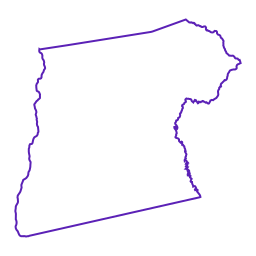 Lagoa da Confusão, Tocantins, Brazil (Natural Earth projection)
{"feature_id": "56859067B90547454880809", "entity_name": "Lagoa da Confusão", "entity_type": "district", "adm_level": 2, "iso_a3": "BRA", "parent_name": "Brazil", "parent_adm1": "Tocantins", "projection": "natural_earth1", "projection_center": [-49.967, -11.048], "detail": "fine", "context": "isolated", "style": "outline", "palette": "violet", "viewbox_px": 256, "rotation_deg": 0, "n_neighbors": 0, "source": "geoboundaries", "source_scale": "gbopen_adm2", "svg_char_len": 5782}
<svg xmlns="http://www.w3.org/2000/svg" viewBox="0 0 256 256"><path d="M185.8,19.5L152.5,31.5L151.0,31.9L67.5,45.2L39.8,49.4L39.4,49.1L39.2,51.0L39.5,52.0L40.3,52.8L40.9,53.0L41.4,53.3L41.8,53.8L42.1,54.5L42.4,55.7L42.3,57.2L42.4,58.2L42.8,59.2L43.6,60.2L44.0,61.3L44.2,62.5L43.9,63.9L44.2,65.4L44.6,66.1L45.0,67.3L45.1,68.2L44.6,69.2L44.1,69.7L43.6,71.3L43.4,72.0L42.3,73.5L41.6,75.1L41.5,77.4L41.1,78.2L40.5,78.6L38.6,78.8L37.9,79.7L38.0,82.0L37.7,82.6L37.3,83.0L36.7,83.9L36.2,85.6L36.3,86.5L36.3,87.4L36.7,90.6L37.1,91.1L38.5,91.7L39.1,92.3L40.0,94.4L39.9,96.1L40.0,96.9L39.9,98.1L39.1,98.9L38.1,99.6L37.6,100.4L36.7,101.0L36.2,101.6L35.3,103.0L34.8,103.6L34.3,104.4L34.4,105.4L34.7,106.5L35.0,108.4L36.1,110.6L36.4,112.1L35.7,114.7L36.3,116.4L36.6,117.9L36.9,118.7L36.6,119.6L36.8,120.4L37.1,121.5L37.1,122.4L36.9,123.4L37.0,124.7L37.3,125.8L38.0,126.9L38.4,131.1L38.4,131.9L37.8,132.9L37.7,134.1L37.5,134.7L37.1,135.4L36.6,136.0L34.8,137.0L34.3,137.4L34.0,137.9L33.6,138.6L33.1,140.1L32.6,142.6L32.4,143.2L31.8,143.9L30.0,144.2L29.4,145.5L29.3,147.4L28.8,148.8L28.8,150.5L28.8,151.8L29.0,153.3L29.6,156.2L29.2,158.7L29.3,159.4L29.7,160.5L30.5,161.8L30.6,162.5L30.4,164.8L30.3,167.0L29.7,169.9L29.5,170.5L28.6,171.9L28.3,173.4L28.3,174.5L27.7,176.1L26.3,178.0L25.0,178.9L23.9,179.5L23.2,180.0L22.9,181.1L21.4,184.8L21.4,185.8L21.6,187.6L20.5,191.2L20.0,192.3L18.0,195.2L17.7,195.8L17.5,197.7L17.8,198.6L17.9,200.1L18.0,201.6L17.8,202.7L16.2,205.5L15.8,206.5L15.7,208.6L15.4,210.5L15.4,211.6L15.7,212.7L15.9,213.9L15.8,219.4L16.2,220.2L16.6,222.0L16.5,223.8L16.1,225.3L15.7,226.0L15.6,226.9L15.9,228.6L16.8,230.2L17.8,231.3L18.5,233.2L19.2,234.7L19.9,235.6L21.1,236.2L22.5,236.2L23.4,236.1L23.9,236.3L24.7,236.1L26.0,236.5L27.6,236.2L28.5,236.2L29.3,235.8L199.6,197.3L200.4,197.0L200.2,195.9L199.8,195.0L199.4,194.4L197.1,191.5L197.5,190.8L197.6,190.0L196.8,189.4L196.2,189.5L195.7,190.0L195.2,190.2L194.9,189.7L195.2,189.1L195.8,188.6L196.0,187.9L195.7,187.2L195.3,186.5L194.8,186.1L194.2,186.1L193.2,186.6L193.0,185.4L192.2,183.7L192.1,183.0L192.0,182.0L191.1,182.0L190.6,181.4L191.0,179.9L191.4,179.4L191.6,178.8L190.0,177.4L190.1,176.7L190.5,176.0L189.9,175.5L189.4,175.7L189.3,175.0L189.6,174.5L189.8,173.8L189.6,173.2L189.0,173.2L188.5,173.6L188.4,174.3L188.4,175.2L187.8,175.3L187.7,174.3L188.0,173.5L188.3,172.8L188.9,172.4L189.1,171.8L188.6,171.3L189.0,170.6L188.3,169.9L187.1,169.0L185.8,168.8L186.9,167.8L187.5,167.5L187.8,167.1L187.1,166.8L186.4,166.7L185.9,166.5L186.2,165.9L186.9,165.7L187.4,164.9L187.5,164.2L187.1,163.8L186.5,163.9L185.9,163.9L186.1,163.3L187.4,163.2L188.0,162.9L187.6,162.4L187.0,162.0L186.7,161.2L185.9,160.4L185.3,160.1L184.7,160.8L184.6,160.2L184.8,159.6L185.2,159.0L185.8,158.5L185.4,157.8L185.4,157.1L185.9,156.6L186.1,155.2L186.4,154.6L186.3,153.9L185.1,151.9L185.0,151.2L185.6,151.0L185.3,150.3L185.2,149.4L184.9,148.5L184.4,147.7L184.4,146.9L184.2,146.2L183.5,145.8L183.2,145.0L182.8,144.7L182.2,144.8L182.1,144.2L182.2,142.5L182.1,142.0L181.6,141.7L180.7,142.7L180.2,142.3L179.8,141.7L179.2,141.3L179.0,140.4L179.0,139.4L178.3,138.6L177.6,138.3L176.0,137.8L175.5,137.4L175.5,136.8L175.9,136.1L176.2,135.5L176.1,134.6L176.3,133.9L176.7,133.5L176.7,132.9L176.2,131.0L175.8,130.0L174.8,128.7L174.4,128.0L174.3,127.0L175.0,126.8L175.5,127.3L176.3,127.3L176.4,128.2L177.1,128.7L177.4,128.0L177.4,127.3L177.2,126.7L176.5,125.4L175.4,124.1L175.2,123.6L175.2,122.9L175.7,122.3L176.0,121.7L176.2,120.5L176.6,120.3L177.4,120.2L178.0,119.4L178.2,117.9L179.4,117.4L179.8,116.7L180.1,115.8L180.2,114.9L179.9,114.0L180.2,113.3L180.7,113.1L181.2,112.3L181.3,111.3L181.8,110.8L182.4,108.6L182.9,108.0L182.7,106.7L182.1,106.2L182.1,105.6L182.5,104.8L183.3,104.5L184.0,104.0L184.3,103.1L184.7,102.6L185.4,102.3L185.9,101.8L185.8,101.0L185.3,99.9L185.6,99.2L186.4,98.5L187.1,98.8L188.4,98.7L189.2,99.0L190.1,99.0L191.2,99.5L191.8,101.1L193.3,102.4L193.7,101.5L194.6,101.1L194.5,100.5L194.9,99.9L195.5,100.1L196.1,100.4L196.3,101.0L196.6,101.6L197.1,101.9L197.5,102.7L197.9,103.3L198.4,103.1L198.9,101.7L200.7,102.2L201.2,101.6L201.9,101.6L202.5,101.0L203.2,101.1L203.6,101.6L204.2,101.7L204.8,102.0L205.3,102.4L205.9,102.7L206.5,102.3L207.6,103.2L208.2,103.6L209.0,103.4L209.3,102.8L210.1,101.4L210.4,100.5L211.9,99.9L213.1,100.2L214.2,99.2L216.3,98.0L217.6,96.2L218.1,95.3L218.3,94.6L218.0,91.6L218.1,90.9L218.4,90.1L218.9,89.4L219.3,88.8L219.1,88.0L220.0,86.8L220.7,86.8L221.1,86.2L220.7,85.4L220.9,84.2L221.3,83.5L221.8,83.2L222.8,82.1L223.8,81.2L224.6,80.1L225.4,80.3L226.3,79.7L226.7,79.2L227.1,78.1L227.2,76.9L227.7,75.7L227.7,74.8L227.8,74.2L228.1,73.5L229.1,72.1L229.4,71.4L230.0,70.5L231.8,69.8L233.9,69.4L234.7,69.5L235.3,69.4L235.8,69.1L236.4,68.7L236.7,68.1L236.5,66.4L236.8,65.5L237.1,64.9L237.8,64.3L238.6,64.1L239.9,63.4L240.6,63.1L240.1,61.2L239.6,59.9L238.9,60.0L238.5,59.7L237.6,58.6L235.5,58.4L234.9,57.8L234.4,56.8L233.7,56.2L233.0,55.7L232.3,55.7L231.6,55.8L230.7,55.7L229.2,55.6L228.6,54.9L227.4,53.8L226.4,53.0L226.0,51.5L225.6,51.1L225.1,50.2L225.0,49.2L224.6,48.7L223.9,47.4L223.7,46.3L223.3,45.6L223.4,44.8L223.4,43.4L223.3,42.3L223.5,41.6L223.5,40.9L222.3,38.9L221.8,38.3L221.2,38.0L220.8,37.5L220.2,35.6L219.5,35.1L218.8,34.8L218.2,34.7L217.6,34.2L217.0,33.2L217.0,32.0L216.4,31.1L214.6,30.9L213.5,32.2L212.2,32.5L210.6,32.1L210.1,31.6L209.4,31.1L208.4,30.9L207.5,30.2L207.0,30.5L206.2,29.9L205.9,29.2L205.9,28.6L206.1,28.0L205.9,27.3L205.3,26.5L204.1,26.4L202.7,27.0L202.1,27.0L201.4,26.9L200.6,26.1L200.1,26.2L199.7,26.0L199.1,25.6L198.4,25.2L197.9,25.2L197.1,25.5L196.5,25.5L195.8,24.9L195.4,24.2L194.7,24.0L194.4,23.1L193.8,22.8L193.0,23.1L192.4,22.7L191.6,22.6L191.1,22.3L190.5,22.6L189.2,22.4L185.8,19.5ZM188.6,171.3L187.8,171.4L187.6,170.7L188.1,170.7L188.6,171.3Z" fill="none" stroke="#5b21b6" stroke-width="2"/></svg>